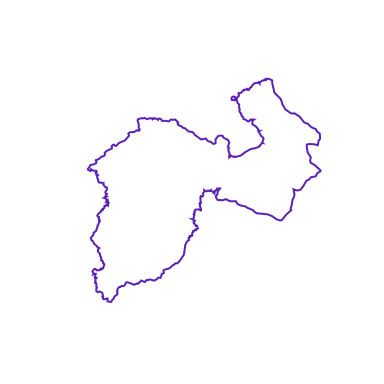 Minahasa Selatan, Sulawesi Utara, Indonesia, rotated 29°
{"feature_id": "22746128B98133955192071", "entity_name": "Minahasa Selatan", "entity_type": "district", "adm_level": 2, "iso_a3": "IDN", "parent_name": "Indonesia", "parent_adm1": "Sulawesi Utara", "projection": "mercator", "projection_center": [124.506, 1.071], "detail": "fine", "context": "isolated", "style": "outline", "palette": "violet", "viewbox_px": 384, "rotation_deg": 29, "n_neighbors": 0, "source": "geoboundaries", "source_scale": "gbopen_adm2", "svg_char_len": 6068}
<svg xmlns="http://www.w3.org/2000/svg" viewBox="0 0 384 384"><g transform="rotate(29 192 192)"><path d="M149.7,314.0L151.1,318.4L151.9,318.5L152.1,318.1L153.6,319.7L154.1,321.1L155.2,321.7L155.3,323.2L156.4,325.0L158.1,325.4L159.0,324.1L161.0,323.6L162.6,323.8L164.0,325.3L164.2,326.8L165.1,326.7L165.9,328.5L167.1,328.5L169.7,326.1L171.1,328.5L173.5,327.9L174.7,327.1L174.5,324.8L175.2,323.2L174.8,321.1L176.3,317.9L176.0,317.0L175.4,316.6L175.3,315.4L174.1,314.2L174.1,310.7L175.3,309.9L176.0,308.4L177.9,307.3L178.3,306.0L178.2,303.1L179.4,302.2L186.6,301.1L188.2,298.6L189.4,298.4L190.5,294.0L194.3,293.7L195.0,290.9L196.1,290.5L197.7,288.8L201.6,288.0L203.5,285.4L204.1,283.2L206.1,282.3L205.3,278.0L206.2,277.4L206.6,276.3L205.2,274.8L205.3,273.6L208.8,270.2L209.8,268.5L210.5,265.8L211.6,264.3L211.9,262.6L213.9,261.3L214.7,257.9L215.3,250.6L211.9,241.9L211.6,238.3L212.3,235.7L212.7,235.3L211.3,234.0L211.8,232.8L211.5,232.2L212.1,232.1L211.7,231.4L213.4,230.1L212.1,228.1L212.5,226.8L212.0,226.3L211.9,225.5L212.6,225.3L213.3,223.0L214.0,223.3L214.1,222.3L214.8,221.1L212.9,219.2L212.1,219.2L211.5,219.8L210.7,218.9L208.9,218.5L208.6,217.7L208.2,217.9L207.9,217.5L208.5,215.7L205.2,215.7L205.9,215.3L206.1,213.5L205.2,211.9L205.3,210.8L204.3,210.6L204.0,209.8L204.4,208.4L203.4,207.6L203.5,205.8L206.9,203.6L208.4,204.1L208.8,203.7L207.6,201.9L205.5,200.4L205.1,198.8L204.2,198.6L204.2,198.0L205.1,196.9L204.0,196.0L201.6,192.0L201.6,191.4L203.2,191.1L203.5,189.3L202.1,188.1L202.6,185.8L201.8,184.5L203.0,184.8L204.2,184.5L205.4,182.9L206.6,182.8L207.3,181.5L207.5,182.2L210.7,181.2L211.0,182.2L212.4,182.5L211.5,180.1L212.2,178.9L212.3,176.6L214.8,175.4L214.2,178.9L215.4,182.1L214.9,184.1L215.9,185.3L218.2,186.5L222.8,184.4L225.0,181.9L229.8,181.6L235.0,178.8L236.9,180.1L238.2,180.4L241.0,180.2L246.1,178.7L248.0,179.0L253.9,178.3L255.9,179.0L258.9,179.2L269.2,174.8L273.9,174.3L279.4,174.9L283.0,174.1L284.2,172.9L285.5,165.6L287.6,159.9L286.6,159.2L286.1,158.2L285.8,155.9L283.7,150.1L283.6,146.8L282.8,144.4L279.5,140.4L282.5,140.0L284.3,138.9L285.8,137.3L286.5,132.8L286.6,126.8L288.3,124.3L289.0,121.3L292.5,118.5L292.5,114.9L294.3,111.5L293.7,110.7L285.8,108.9L281.9,109.0L280.3,107.6L278.9,103.9L273.9,101.3L270.2,96.5L269.4,94.9L271.0,93.3L275.8,91.0L279.3,90.1L277.9,85.7L278.2,83.2L275.4,78.9L272.3,78.6L269.8,77.0L265.1,77.5L260.1,76.2L256.5,76.8L249.5,73.9L246.7,73.7L243.4,73.5L242.2,74.5L240.2,75.2L233.7,74.5L229.0,71.8L224.6,67.7L216.0,65.2L209.4,57.9L208.0,55.5L204.4,55.7L202.1,57.1L202.1,56.7L201.6,57.6L202.2,58.2L201.1,58.6L201.3,59.1L199.5,60.4L198.4,62.7L197.6,63.2L197.7,63.7L198.1,63.7L198.4,64.2L197.3,63.7L197.3,64.4L195.8,65.0L193.6,67.1L192.8,71.1L193.1,71.6L192.2,73.0L192.3,74.7L190.9,75.0L191.6,75.4L188.4,76.9L188.4,77.7L187.6,77.8L186.9,81.2L185.9,82.5L184.8,82.8L184.8,83.3L186.4,85.0L185.7,87.8L186.2,90.4L186.9,90.1L188.9,92.1L190.9,92.7L192.5,95.6L193.8,96.7L194.0,98.0L195.3,99.1L197.0,99.5L197.2,100.2L198.5,101.3L199.9,101.4L201.7,103.2L204.0,102.7L206.3,103.2L207.5,102.8L208.1,100.2L208.7,100.3L210.1,98.9L211.2,98.6L210.3,100.1L211.9,103.5L216.1,103.7L219.3,104.9L219.5,104.4L219.6,105.7L220.0,106.1L220.5,106.4L221.5,105.8L221.0,106.7L221.2,107.3L223.8,108.3L224.7,109.3L227.4,109.8L228.9,111.0L229.4,114.6L230.0,114.8L229.3,115.0L229.1,117.9L228.6,118.9L228.9,119.2L228.2,120.6L225.7,123.4L222.8,125.6L219.4,131.0L217.1,136.3L213.7,139.7L212.4,140.2L213.2,141.1L211.9,140.4L210.8,141.2L208.5,141.4L207.8,143.7L206.8,142.0L206.8,140.6L204.3,138.8L204.2,138.1L203.1,137.2L202.6,135.9L202.9,135.6L201.5,135.1L200.7,130.7L198.1,129.0L194.1,129.3L192.4,128.8L191.8,128.1L190.0,128.5L187.7,130.4L187.1,134.5L188.9,137.7L188.0,139.2L186.6,139.7L186.8,140.2L186.2,139.4L184.1,139.0L181.2,139.9L181.1,140.4L181.1,139.8L178.3,138.5L174.5,141.6L167.0,140.7L163.6,139.3L159.5,140.7L155.1,139.7L153.0,140.2L151.1,139.7L147.7,140.1L146.6,139.5L146.1,138.7L146.3,138.2L145.4,138.1L145.0,137.4L141.9,136.8L140.5,138.1L138.5,138.7L137.5,141.5L133.4,143.0L131.7,144.3L129.2,143.3L127.8,143.6L127.2,144.2L127.4,145.3L124.4,145.3L122.7,146.3L123.0,146.7L122.8,146.9L122.2,147.1L122.2,146.5L121.6,146.9L121.8,147.4L121.0,147.2L119.1,148.1L117.5,150.1L114.7,150.2L113.7,151.3L112.4,151.7L109.4,154.6L109.8,155.9L112.7,158.7L114.3,161.7L115.8,162.5L116.1,163.7L115.5,164.5L114.0,164.5L112.2,167.7L109.0,169.7L108.4,170.4L108.0,171.9L109.4,172.9L109.6,173.8L108.3,179.5L104.4,184.5L103.4,188.3L102.2,188.9L100.8,188.4L100.0,189.1L99.5,190.8L100.8,192.7L97.4,197.6L96.6,200.0L97.3,200.7L97.8,202.6L97.1,203.8L95.8,204.8L94.4,208.6L92.5,210.5L92.6,211.2L93.8,211.8L94.1,213.3L92.7,215.4L90.0,217.7L90.2,220.1L89.7,222.2L90.2,222.9L93.0,222.9L92.7,221.0L94.8,221.3L98.3,219.9L99.0,220.7L98.5,221.9L100.1,223.3L101.0,222.6L101.7,222.8L101.5,224.3L102.3,225.7L103.7,226.4L104.8,228.1L106.5,228.8L108.2,227.6L109.2,227.7L110.3,227.1L110.6,228.3L113.7,229.7L115.5,229.4L116.5,231.6L116.2,234.0L117.4,235.4L118.2,234.9L118.7,235.1L118.4,237.7L119.5,237.5L117.9,239.8L119.6,239.4L121.1,240.7L122.0,239.6L123.2,241.2L122.2,242.4L124.5,242.2L124.4,243.5L125.1,244.7L123.1,244.7L123.2,246.1L122.2,246.5L123.0,248.6L122.3,249.6L122.6,250.3L122.0,250.3L121.9,250.9L122.2,251.6L121.5,252.7L121.9,253.8L120.9,255.6L120.5,258.4L122.0,259.5L122.9,259.1L123.6,260.6L124.6,261.1L124.3,261.9L125.6,262.4L125.3,262.9L126.0,266.5L125.6,267.2L126.3,268.5L126.9,272.7L125.7,275.4L126.5,276.9L125.8,281.1L127.0,282.7L129.3,283.2L131.4,284.7L134.5,285.3L135.7,285.9L138.2,286.0L137.6,287.9L138.4,289.6L141.6,290.8L142.6,292.4L144.1,293.1L144.8,294.5L145.7,294.9L145.8,295.9L147.5,295.9L148.5,296.5L148.7,297.4L150.4,297.7L151.2,301.8L150.8,302.0L150.7,302.8L149.8,302.8L149.3,303.3L149.4,304.0L149.8,303.9L149.6,304.8L146.9,306.6L145.0,306.1L144.0,306.6L143.4,308.6L143.6,310.0L145.6,310.9L145.6,311.8L146.7,310.5L147.5,310.2L147.5,311.5L148.5,312.8L148.1,313.6L148.6,314.1L148.9,313.5L150.0,313.5L149.7,314.0ZM182.4,92.2L184.5,91.1L184.4,88.6L183.8,88.1L182.2,88.2L180.9,90.0L181.3,91.4L182.4,92.2Z" fill="none" stroke="#5b21b6" stroke-width="2"/></g></svg>